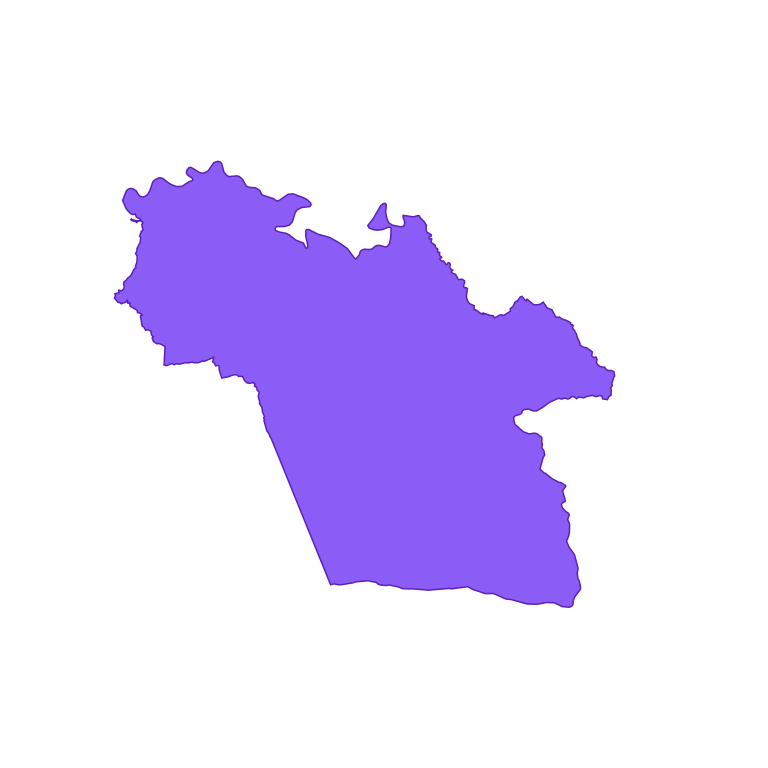 Riofrío, Valle del Cauca, Colombia, rotated 248°
{"feature_id": "7082276B33798425293322", "entity_name": "Riofrío", "entity_type": "district", "adm_level": 2, "iso_a3": "COL", "parent_name": "Colombia", "parent_adm1": "Valle del Cauca", "projection": "orthographic", "projection_center": [-76.345, 4.104], "detail": "fine", "context": "isolated", "style": "filled", "palette": "violet", "viewbox_px": 768, "rotation_deg": 248, "n_neighbors": 0, "source": "geoboundaries", "source_scale": "gbopen_adm2", "svg_char_len": 6171}
<svg xmlns="http://www.w3.org/2000/svg" viewBox="0 0 768 768"><g transform="rotate(248 384 384)"><path d="M652.1,210.4L643.6,210.6L639.9,211.6L636.3,213.4L635.2,214.8L634.7,216.9L631.4,216.9L629.8,218.2L629.3,219.5L627.6,219.7L627.2,219.0L627.9,216.0L630.7,211.9L631.7,211.7L631.2,210.8L629.9,211.5L627.6,214.6L626.3,215.3L627.1,216.4L626.7,220.0L625.7,219.7L624.6,220.9L623.8,220.9L622.6,219.1L617.1,218.3L616.4,216.0L615.3,215.6L615.0,214.7L612.4,212.8L610.8,213.2L606.6,210.9L602.2,205.7L600.2,205.0L597.9,202.4L595.1,203.1L589.8,200.7L586.3,197.7L584.9,197.7L583.9,195.0L579.4,189.9L578.1,185.7L576.6,183.5L576.3,181.3L573.9,179.8L571.5,179.8L569.4,177.8L568.7,175.6L570.4,173.3L570.0,172.8L567.8,172.7L568.6,168.3L566.2,168.1L564.6,166.2L559.5,167.9L558.2,169.8L556.8,170.4L556.6,175.8L557.9,176.9L557.6,177.5L554.8,176.8L554.2,178.9L552.7,178.0L551.0,177.9L545.0,182.6L542.5,182.2L541.1,184.4L538.6,185.5L538.4,184.0L537.3,183.4L528.5,181.5L526.5,182.7L523.2,183.1L522.7,185.7L520.0,187.8L516.9,186.8L514.2,187.8L514.1,186.9L513.2,186.2L509.8,186.2L506.5,188.3L505.9,190.2L504.5,192.1L500.8,195.0L484.0,187.2L482.5,189.2L482.4,195.3L480.4,196.7L480.6,198.9L479.0,201.7L478.2,207.6L477.0,210.1L476.0,214.5L474.6,216.3L473.3,219.8L473.3,223.5L472.4,226.0L472.4,236.1L468.7,233.4L466.6,234.6L463.7,234.8L463.6,236.9L462.5,237.9L459.0,236.5L450.4,235.8L449.2,241.0L448.8,247.9L447.9,250.6L445.5,252.1L444.0,255.7L439.7,255.9L436.3,257.4L434.9,259.8L434.4,263.5L433.4,263.6L432.0,264.7L431.1,263.4L430.2,263.2L428.7,264.6L426.1,264.1L423.1,265.2L419.7,262.7L414.4,262.1L412.5,261.2L408.0,262.0L403.5,260.8L398.8,261.1L397.5,259.6L396.2,260.0L395.1,259.0L384.4,257.8L380.5,258.8L378.4,258.5L375.5,259.0L217.8,259.3L217.5,262.7L215.0,266.4L213.7,270.0L211.2,281.1L211.2,283.7L207.5,295.5L202.9,302.5L200.5,303.6L198.9,305.6L196.6,310.0L195.6,313.6L190.7,321.0L187.3,324.6L185.9,327.4L183.5,333.5L176.2,348.0L170.1,367.7L168.7,370.2L164.7,385.7L160.1,389.5L151.5,399.7L149.2,406.0L147.9,407.9L139.1,416.3L136.2,421.6L126.5,434.2L122.5,443.1L120.6,452.6L117.3,460.0L110.7,466.1L107.5,472.4L107.9,475.5L108.9,476.7L112.7,478.7L115.6,481.8L120.2,489.4L123.8,490.6L128.5,491.2L130.9,490.9L136.2,492.3L140.5,494.9L154.5,496.7L163.0,494.5L169.7,494.3L174.4,498.7L177.3,500.5L184.9,503.7L189.6,503.5L193.3,506.9L195.7,506.3L197.7,504.7L202.4,503.0L205.8,503.3L206.7,504.0L207.3,508.0L209.3,508.7L218.0,509.5L221.1,514.2L222.0,514.2L226.2,511.3L227.6,509.1L233.6,504.1L240.7,500.2L241.8,498.9L246.7,496.8L256.0,503.8L258.0,506.4L261.8,507.2L265.9,506.5L268.8,508.2L271.2,508.5L274.8,510.2L276.1,510.0L280.8,507.0L282.3,504.6L283.2,500.1L287.6,495.2L297.7,490.3L302.9,491.1L304.9,492.3L305.4,494.3L304.9,498.4L305.3,500.5L307.6,502.5L307.7,504.8L306.5,508.8L303.2,512.2L301.8,515.6L303.2,524.0L305.0,530.2L305.4,539.3L305.1,541.0L303.5,542.9L303.2,546.5L301.2,548.8L301.1,550.8L302.0,553.5L300.7,555.7L298.2,557.1L299.0,559.6L296.3,564.0L296.5,567.3L295.4,572.9L292.7,575.9L292.6,579.1L291.9,580.5L291.0,581.4L288.2,581.3L285.8,585.3L288.0,587.7L288.6,590.4L293.5,592.5L295.6,592.7L296.8,595.0L299.1,595.4L304.2,599.6L305.0,600.9L309.3,601.8L311.4,599.8L312.7,596.5L314.2,595.4L317.0,594.9L317.0,594.1L318.9,591.4L321.2,589.6L324.3,588.9L326.7,590.6L329.2,590.8L329.8,590.2L329.9,588.3L332.4,587.1L335.7,589.2L341.8,585.4L343.4,582.6L346.6,580.4L348.8,581.0L355.2,580.7L358.6,581.2L360.3,580.6L362.2,580.8L363.3,580.1L366.0,580.0L367.2,581.4L368.6,580.8L369.4,579.2L370.9,580.0L374.8,576.8L377.6,573.3L380.3,571.8L381.5,568.4L389.9,567.5L392.4,564.7L394.3,563.6L400.3,562.3L399.4,558.4L400.9,553.3L402.8,551.7L408.8,548.7L409.0,548.0L407.8,547.1L408.1,546.5L413.6,544.7L413.6,542.8L411.3,539.2L410.8,536.0L407.7,533.0L406.5,529.3L404.1,528.3L402.7,520.6L404.1,519.0L404.6,517.3L403.8,511.5L406.6,510.6L407.6,508.4L411.6,503.8L411.2,502.6L411.6,502.0L412.0,502.9L412.7,502.5L412.3,501.8L412.9,501.0L412.8,500.3L418.2,497.1L419.0,495.4L422.8,496.9L426.5,493.4L428.5,492.8L432.2,492.7L434.9,493.4L441.1,497.1L442.7,496.2L443.1,494.8L444.8,494.2L448.1,496.9L449.5,497.3L451.9,495.7L452.9,492.1L458.8,491.5L462.1,488.1L462.8,488.3L463.8,490.4L465.6,488.9L468.0,488.7L469.8,490.2L471.4,490.3L472.4,488.8L471.2,487.1L471.6,486.3L475.8,485.3L476.5,483.5L477.9,482.7L479.3,482.8L479.7,484.8L480.7,484.8L482.1,483.6L485.1,484.9L486.4,483.2L489.1,484.4L491.2,482.9L493.4,483.4L497.8,480.7L500.7,482.6L501.8,480.4L502.7,480.1L503.5,480.9L503.2,482.9L504.5,483.8L505.7,483.2L506.0,482.2L507.3,482.0L508.1,480.9L509.5,480.6L512.8,481.4L515.3,482.8L519.1,482.1L524.8,479.8L526.6,479.8L527.4,478.7L528.0,473.8L533.2,464.9L530.8,464.0L527.8,464.1L525.1,463.3L522.8,461.4L523.5,458.3L528.3,451.1L531.9,448.7L536.2,448.7L542.6,449.8L549.3,453.3L551.1,452.8L551.5,450.8L550.5,447.6L541.8,436.6L537.0,428.3L534.0,428.7L530.8,432.4L529.1,435.4L527.7,440.7L527.8,447.1L526.7,448.7L525.4,448.9L524.1,448.3L515.9,444.3L512.4,441.8L510.4,439.0L510.2,437.1L513.8,432.4L515.1,429.7L515.0,427.2L513.6,423.3L514.5,420.0L516.3,416.6L516.5,413.9L515.9,411.8L512.9,409.4L510.4,404.6L511.6,403.8L523.2,400.8L530.8,396.0L540.1,388.7L547.6,378.9L555.4,372.2L556.1,370.1L555.5,368.9L549.5,366.6L541.5,365.4L539.0,364.2L539.0,362.9L539.4,362.4L544.8,362.1L550.4,356.2L557.9,351.9L560.3,349.8L564.3,343.6L566.9,341.1L568.9,341.1L570.2,343.4L567.3,350.7L566.8,356.0L568.8,359.9L576.1,365.8L578.0,368.6L578.5,373.5L576.3,381.7L577.5,383.6L579.6,383.7L584.0,381.6L586.5,379.5L594.5,370.8L595.8,366.1L593.5,355.5L593.7,353.2L597.3,350.9L604.7,342.1L606.4,341.5L609.7,341.4L612.2,339.9L614.2,338.0L617.0,332.5L619.0,330.5L626.7,329.5L630.5,327.6L632.0,325.8L634.4,318.0L636.1,316.4L640.4,315.0L649.1,316.1L651.1,315.3L652.7,313.6L653.0,309.2L647.5,300.8L647.0,296.9L647.5,294.5L649.0,292.3L656.3,286.9L657.3,286.0L657.7,284.2L655.9,281.1L653.5,279.7L651.1,280.3L646.5,283.3L645.0,283.3L644.4,282.2L644.7,279.2L642.9,270.8L644.9,265.5L647.7,262.4L650.5,259.9L657.0,256.2L659.0,254.0L659.4,252.7L659.2,248.2L658.0,245.3L651.0,239.4L648.3,235.7L647.5,233.0L647.6,230.5L649.0,228.5L651.5,227.2L655.8,226.7L659.1,224.3L660.5,221.7L660.3,218.9L659.2,217.1L652.1,210.4Z" fill="#8b5cf6" stroke="#5b21b6" stroke-width="1.5"/></g></svg>